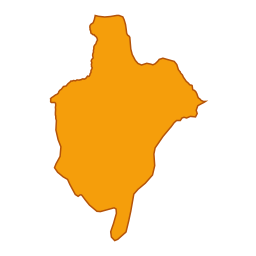 Benoue, Nord, Cameroon
{"feature_id": "32672807B41938793250317", "entity_name": "Benoue", "entity_type": "district", "adm_level": 2, "iso_a3": "CMR", "parent_name": "Cameroon", "parent_adm1": "Nord", "projection": "equal_earth", "projection_center": [13.438, 9.181], "detail": "fine", "context": "isolated", "style": "filled", "palette": "amber", "viewbox_px": 256, "rotation_deg": 0, "n_neighbors": 0, "source": "geoboundaries", "source_scale": "gbopen_adm2", "svg_char_len": 2650}
<svg xmlns="http://www.w3.org/2000/svg" viewBox="0 0 256 256"><path d="M114.7,240.6L117.8,239.3L126.0,232.0L128.7,220.9L130.8,211.1L133.8,194.1L137.4,190.0L138.0,189.3L144.1,184.2L145.3,183.2L152.5,175.0L154.7,165.7L153.9,154.0L155.1,147.9L163.0,136.4L170.1,127.9L171.0,126.9L173.8,123.1L174.3,122.5L176.6,120.5L180.3,120.5L182.0,118.0L184.0,117.3L185.2,117.6L186.6,118.0L190.3,116.4L195.5,116.9L197.2,113.6L196.2,110.3L197.8,105.7L201.4,103.7L204.1,102.3L205.5,101.4L203.6,101.5L202.5,101.0L201.2,100.5L200.0,99.1L198.4,97.9L197.8,96.7L196.9,93.9L195.7,91.6L194.3,90.3L193.2,90.0L192.7,89.5L192.5,87.9L192.1,85.5L191.6,85.2L190.6,85.1L189.5,84.6L188.5,83.3L187.7,82.6L186.2,81.3L183.3,77.1L182.4,75.0L181.0,73.5L180.4,72.7L180.1,71.7L179.9,71.6L178.4,69.7L177.7,67.4L176.8,64.6L176.2,63.8L174.2,61.4L162.9,58.2L159.8,59.2L159.3,59.3L157.7,61.3L155.1,63.8L152.9,64.8L150.6,64.1L146.8,63.3L143.7,64.3L141.5,65.0L138.0,63.5L135.3,60.4L132.2,54.5L130.8,49.1L129.8,37.3L128.9,36.0L127.7,35.2L126.7,33.4L126.1,28.6L125.5,24.4L124.1,19.7L122.8,16.9L118.9,15.4L117.0,15.4L110.5,16.5L104.7,17.0L98.5,16.3L95.2,15.5L95.1,16.3L94.8,17.4L94.3,19.7L93.2,22.6L92.7,23.1L91.0,24.2L90.2,25.3L90.0,25.7L89.8,27.1L90.0,28.0L90.1,29.1L90.0,29.8L90.4,30.1L90.6,30.8L90.9,32.9L91.2,33.4L91.7,33.6L93.2,34.8L94.1,34.7L94.8,35.7L95.8,36.4L96.7,37.5L97.3,38.9L97.3,39.6L97.5,40.1L96.6,41.5L95.9,43.8L94.8,45.0L94.1,46.1L93.8,47.1L93.9,48.2L93.4,50.6L93.5,52.3L93.0,53.2L92.8,54.0L92.6,55.2L93.1,57.8L92.9,58.3L92.2,58.9L91.6,59.8L91.3,60.6L91.2,61.1L91.7,62.2L91.8,62.9L91.6,63.6L91.3,64.3L91.5,64.8L91.6,65.3L91.4,66.1L91.9,67.2L92.2,67.6L91.9,68.9L91.3,69.9L91.0,70.5L90.9,72.6L90.2,73.5L89.9,74.9L89.1,76.3L88.7,76.5L87.5,76.1L87.0,76.8L85.8,78.4L85.0,78.7L84.6,79.1L84.1,79.2L83.0,78.8L81.8,79.2L81.4,79.6L80.6,79.7L80.0,79.8L79.8,80.1L78.2,80.1L77.0,79.9L75.6,80.8L73.5,80.5L73.4,80.5L72.2,81.1L71.2,81.0L70.9,81.0L70.5,81.6L67.9,83.8L66.2,85.9L65.8,86.1L64.8,86.2L64.2,86.5L63.4,86.5L62.9,87.3L61.4,89.2L59.7,90.4L58.8,91.7L58.3,93.2L57.0,94.3L55.4,95.0L53.1,96.7L52.2,97.3L51.5,97.7L51.5,97.8L50.5,98.8L50.8,99.8L50.6,101.1L50.7,101.9L51.5,102.5L54.7,102.5L55.3,103.0L55.6,103.5L55.7,105.7L55.4,107.2L55.6,109.5L55.4,112.6L55.4,115.1L55.7,115.7L55.8,118.0L55.8,118.6L56.4,120.5L55.9,130.0L58.1,139.6L60.9,146.8L60.1,156.4L56.0,163.9L55.7,164.7L54.5,167.7L57.7,172.3L59.4,173.7L63.1,176.8L67.6,179.4L69.9,184.5L75.3,194.5L78.1,196.3L80.1,194.9L81.1,194.8L81.9,195.3L85.3,199.9L89.4,205.0L96.9,211.3L100.4,211.6L114.2,207.8L116.1,209.1L116.4,213.4L113.5,223.6L112.3,227.0L110.7,231.8L111.4,237.0L114.7,240.6Z" fill="#f59e0b" stroke="#b45309" stroke-width="1.5"/></svg>